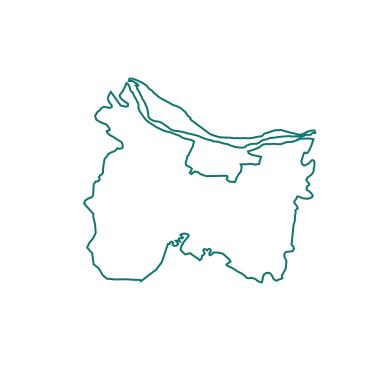 the district of Markz Al Minya, Al Minya, Egypt, rotated 304°
{"feature_id": "37247803B71676379887746", "entity_name": "Markz Al Minya", "entity_type": "district", "adm_level": 2, "iso_a3": "EGY", "parent_name": "Egypt", "parent_adm1": "Al Minya", "projection": "equal_earth", "projection_center": [30.728, 28.101], "detail": "fine", "context": "isolated", "style": "outline", "palette": "teal", "viewbox_px": 384, "rotation_deg": 304, "n_neighbors": 0, "source": "geoboundaries", "source_scale": "gbopen_adm2", "svg_char_len": 6081}
<svg xmlns="http://www.w3.org/2000/svg" viewBox="0 0 384 384"><g transform="rotate(304 192 192)"><path d="M235.1,165.4L234.7,162.1L232.4,156.4L231.8,154.1L231.5,149.4L230.3,145.1L229.4,140.6L228.1,137.6L227.1,134.4L226.3,129.3L225.8,125.5L225.8,120.9L225.6,117.0L226.2,112.7L227.7,108.6L229.4,104.2L231.2,101.1L233.9,99.2L235.5,97.8L236.5,95.5L237.5,94.1L238.6,91.6L240.0,89.1L241.3,87.2L241.3,85.7L242.0,83.9L243.7,82.1L244.9,80.3L245.6,78.8L245.7,76.8L241.2,77.7L238.9,77.8L236.8,78.3L233.1,77.9L231.5,78.0L230.7,79.0L229.9,80.5L229.5,82.9L229.5,84.8L229.2,86.3L229.6,88.7L229.2,89.7L227.6,90.8L226.0,89.8L224.7,86.9L223.8,84.5L229.6,68.8L226.0,68.9L224.3,69.4L223.9,69.4L221.5,70.9L221.1,71.4L220.3,72.9L218.7,77.4L217.5,77.9L215.9,77.0L213.3,71.2L210.4,69.8L207.9,69.9L206.3,68.9L200.9,69.1L198.5,72.1L198.6,76.5L200.0,83.2L199.6,85.2L198.4,88.2L197.2,89.2L196.0,88.2L195.1,87.3L193.9,88.3L193.2,91.7L193.6,95.6L193.8,102.9L194.0,105.4L193.1,107.3L192.2,108.3L189.8,109.8L187.3,108.0L186.5,105.6L185.2,105.6L183.2,105.2L181.5,104.2L180.2,103.3L176.9,101.4L173.6,101.5L170.4,101.1L163.4,104.3L158.2,107.3L156.1,107.4L154.5,106.5L152.4,106.5L150.8,108.5L148.3,108.1L146.7,106.2L143.4,106.3L139.7,108.4L135.7,110.9L133.2,112.0L131.2,111.5L128.7,109.7L125.4,108.3L124.5,108.3L122.9,108.9L122.1,108.9L118.7,122.4L116.3,123.9L110.9,129.8L104.3,135.0L98.8,135.9L92.1,135.3L87.2,136.2L85.5,143.4L77.1,150.8L76.6,157.3L73.1,164.6L72.5,169.7L76.3,176.8L83.2,186.8L86.9,193.2L90.1,198.2L89.5,199.6L103.6,204.3L107.3,205.7L117.0,206.2L135.4,201.1L136.2,202.5L137.9,202.0L139.5,202.9L139.6,204.4L137.5,205.4L137.2,206.9L138.4,208.8L140.9,209.7L141.7,208.7L142.5,205.8L143.7,207.2L144.2,209.6L145.0,208.1L146.2,207.1L147.4,208.6L148.3,210.0L149.1,210.0L149.9,206.5L151.1,207.0L151.9,207.4L153.7,209.5L154.5,212.2L154.1,213.7L152.1,213.8L149.6,213.4L147.9,213.4L145.9,213.0L143.0,213.6L141.4,213.6L138.9,214.2L137.3,215.7L136.6,219.6L136.6,221.5L139.5,223.9L140.4,225.3L140.0,227.8L140.1,233.6L139.8,236.6L141.4,237.0L143.1,237.0L144.7,235.9L146.4,236.9L148.4,236.8L149.2,234.8L150.4,233.8L151.2,233.8L152.1,235.2L152.1,237.2L152.9,237.2L154.2,237.6L154.6,238.6L154.6,239.5L153.8,240.5L150.9,240.6L149.7,241.6L149.8,242.6L151.0,243.1L153.5,243.5L155.1,245.4L156.8,248.3L158.1,252.1L157.1,260.0L155.9,262.9L155.5,262.9L153.8,262.0L151.3,261.1L150.5,262.1L151.5,267.4L151.6,273.8L152.1,278.1L152.2,281.6L151.4,285.5L152.3,287.4L154.0,289.3L154.8,291.2L155.3,293.7L154.9,296.1L155.4,299.0L156.2,300.5L159.1,299.4L159.9,298.8L163.3,297.9L163.7,297.9L166.5,298.8L166.9,299.6L168.0,300.9L168.2,302.6L167.4,305.0L166.4,306.9L165.5,308.1L165.5,311.5L167.9,312.9L170.9,315.2L172.8,313.2L177.8,312.9L181.5,312.4L182.6,311.5L187.3,309.1L187.9,308.3L189.9,304.9L192.0,303.3L194.5,303.2L195.9,304.5L198.3,307.6L199.4,308.5L201.9,308.4L203.5,306.4L203.9,304.0L220.2,295.3L221.3,294.7L225.0,293.6L226.6,292.6L228.2,292.1L229.8,290.6L231.9,290.0L234.7,288.0L236.2,288.4L237.2,288.9L238.4,287.9L240.7,282.4L242.0,282.0L244.8,282.3L246.1,281.8L247.3,281.8L248.1,283.7L248.6,287.1L251.2,291.9L254.5,294.3L256.5,294.2L257.7,291.2L258.1,288.8L258.0,285.9L259.2,284.9L261.3,284.3L262.1,284.8L263.3,285.2L264.2,284.7L264.9,282.7L265.3,281.3L266.1,279.8L268.2,279.7L270.2,280.2L272.3,281.1L275.6,281.5L278.0,280.9L279.2,279.9L282.1,278.9L284.5,277.3L285.7,276.3L286.1,274.8L285.7,273.9L284.9,273.4L282.4,273.0L281.2,273.0L278.7,271.6L276.6,270.2L276.6,268.8L276.9,267.3L279.0,265.3L281.4,264.7L284.3,263.7L287.5,263.1L288.0,264.1L288.0,264.6L288.4,265.5L289.5,265.9L292.1,265.9L298.2,264.8L303.7,263.1L301.9,259.2L296.7,251.9L294.3,250.0L293.9,250.4L291.0,248.0L289.9,247.4L289.2,246.3L287.9,244.8L286.8,243.2L285.2,241.7L283.4,240.5L281.4,238.9L279.4,236.1L278.0,233.3L274.9,229.3L273.3,226.7L271.6,224.9L270.0,223.8L267.0,223.0L263.7,221.0L259.9,218.1L257.0,215.7L255.8,217.3L256.2,220.7L259.8,229.6L257.2,230.4L256.4,230.4L255.2,230.9L254.4,231.5L253.6,231.5L252.8,232.0L250.7,229.6L250.4,229.6L249.0,226.7L248.5,225.3L246.0,222.4L242.2,216.9L241.7,217.9L239.8,219.7L236.9,220.7L236.1,221.2L234.5,220.8L228.7,221.0L227.1,221.5L224.2,222.1L223.8,221.1L221.7,217.7L221.6,214.3L222.4,213.3L224.1,213.3L224.9,212.3L224.0,210.4L213.5,195.5L212.6,193.1L211.7,189.7L211.6,185.4L210.3,182.5L206.6,181.6L206.6,179.4L207.0,179.2L208.2,179.6L209.9,179.1L211.1,179.0L211.5,177.6L211.4,175.6L211.0,173.7L211.0,172.2L212.2,170.7L215.0,169.7L217.1,169.1L219.1,168.1L221.1,168.5L222.4,168.0L225.2,167.9L226.9,167.4L229.8,167.3L235.1,165.4ZM311.5,259.3L310.2,257.2L308.8,255.8L305.4,253.2L303.9,252.6L302.0,251.4L300.3,250.2L298.7,247.2L297.8,244.3L296.1,240.0L293.1,230.8L291.4,228.9L289.3,226.0L286.1,223.5L285.1,223.1L283.8,221.7L280.7,219.3L277.4,218.8L274.2,215.2L270.4,211.7L267.6,208.1L266.3,205.7L263.8,202.3L261.7,199.0L260.0,196.6L258.3,193.2L254.1,186.5L252.4,183.1L251.1,178.8L250.1,174.7L251.3,150.0L252.5,149.5L252.9,145.6L254.5,142.1L255.2,135.8L254.7,131.4L253.4,127.5L253.3,123.2L252.8,119.8L252.3,113.9L252.2,110.5L252.6,108.6L252.9,104.7L253.7,102.2L253.6,98.7L254.9,94.3L254.7,88.8L253.6,82.8L252.9,79.8L251.0,76.7L248.7,77.5L250.7,80.6L250.9,86.7L250.7,87.1L250.2,87.9L248.8,86.0L248.6,87.1L247.1,88.6L245.1,93.0L243.8,94.7L243.0,96.7L241.8,98.1L240.9,100.4L239.3,103.4L237.4,106.4L235.8,108.5L233.5,110.9L231.6,112.5L230.2,113.8L229.3,115.6L229.3,119.5L229.7,121.0L232.0,125.8L232.4,128.0L232.4,134.7L232.0,138.4L232.2,140.8L232.9,143.1L234.8,146.6L236.8,151.1L238.1,155.3L240.4,161.2L241.7,164.8L242.4,167.8L242.7,169.9L243.5,172.8L243.9,174.8L245.6,178.9L245.7,180.9L248.4,185.9L249.4,189.5L250.6,192.7L251.7,195.0L251.8,196.8L252.4,198.9L253.0,200.8L253.4,202.6L255.8,207.2L257.1,209.1L258.1,210.2L259.1,211.0L260.7,211.1L262.7,212.7L264.0,213.3L265.7,215.2L268.1,218.6L269.9,219.8L273.0,220.8L275.2,222.1L277.6,224.6L280.2,226.3L282.8,229.5L288.2,235.5L289.9,237.8L291.9,240.2L292.6,241.3L294.2,244.3L296.1,246.8L298.6,251.3L301.1,253.4L302.5,253.9L303.4,254.7L304.3,256.3L305.9,258.4L306.6,258.6L307.5,258.6L308.5,259.1L309.9,261.1L311.5,259.3Z" fill="none" stroke="#0f766e" stroke-width="2"/></g></svg>